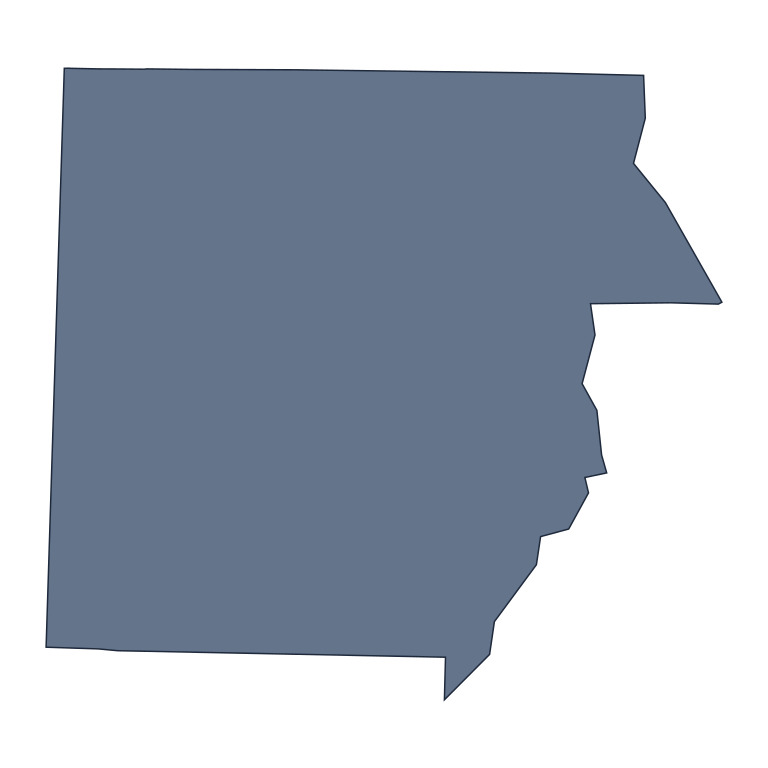 Henry, Tennessee, United States of America
{"feature_id": "52423323B42706249994053", "entity_name": "Henry", "entity_type": "district", "adm_level": 2, "iso_a3": "USA", "parent_name": "United States of America", "parent_adm1": "Tennessee", "projection": "equal_earth", "projection_center": [-88.245, 36.311], "detail": "fine", "context": "isolated", "style": "filled", "palette": "slate", "viewbox_px": 768, "rotation_deg": 0, "n_neighbors": 0, "source": "geoboundaries", "source_scale": "gbopen_adm2", "svg_char_len": 577}
<svg xmlns="http://www.w3.org/2000/svg" viewBox="0 0 768 768"><path d="M64.3,68.3L46.1,647.2L98.3,648.9L117.6,650.7L445.5,657.2L444.4,699.8L489.6,654.4L494.4,621.6L536.4,564.7L540.6,536.6L568.7,529.0L588.5,492.9L584.9,477.5L606.7,472.9L601.6,455.0L596.9,410.4L582.1,383.7L595.0,335.0L590.5,303.7L670.8,302.8L718.4,304.1L721.9,302.2L665.4,202.6L633.5,163.4L645.3,118.2L643.6,75.4L550.9,73.1L308.9,70.0L302.6,69.9L296.4,69.8L189.4,69.4L147.1,68.9L144.1,69.2L119.0,69.0L98.4,68.9L98.2,68.9L69.8,68.3L69.4,68.2L64.3,68.3Z" fill="#64748b" stroke="#1e293b" stroke-width="1.5"/></svg>